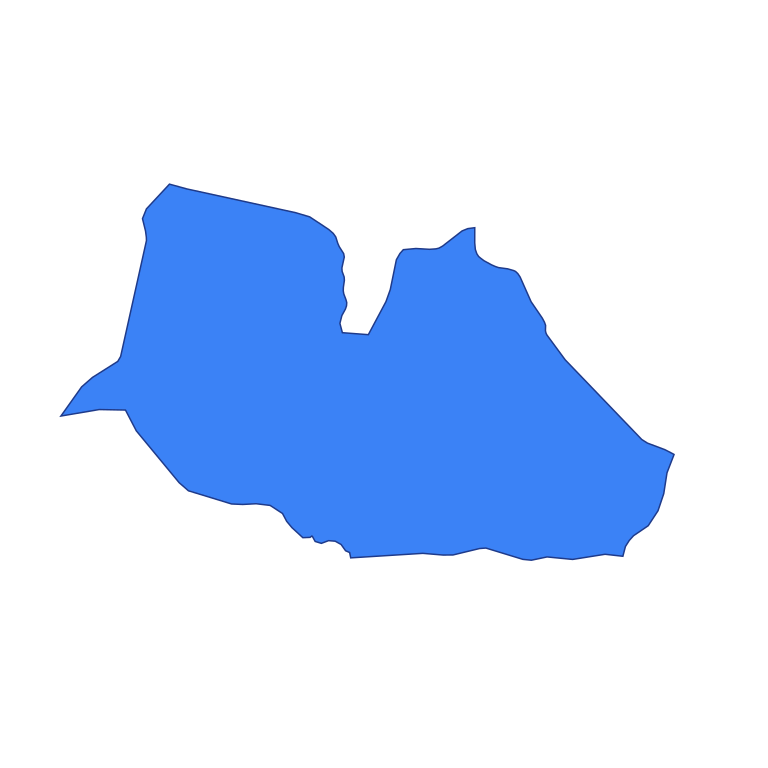 outline of Tartus, rotated 287°
{"feature_id": "SYR-135", "entity_name": "Tartus", "entity_type": "Province", "adm_level": 1, "iso_a3": "SYR", "parent_name": "Syria", "parent_adm1": "", "projection": "robinson", "projection_center": [36.109, 34.945], "detail": "fine", "context": "isolated", "style": "filled", "palette": "blue", "viewbox_px": 768, "rotation_deg": 287, "n_neighbors": 0, "source": "natural_earth", "source_scale": "10m", "svg_char_len": 1632}
<svg xmlns="http://www.w3.org/2000/svg" viewBox="0 0 768 768"><g transform="rotate(287 384 384)"><path d="M360.9,683.6L342.9,683.1L325.7,678.1L311.9,667.0L306.1,664.3L299.2,662.4L289.1,662.8L285.8,645.2L271.4,615.7L266.3,590.5L258.6,576.5L256.9,568.1L256.9,529.4L254.6,523.5L240.7,500.0L237.7,490.5L233.4,470.6L208.0,403.0L212.8,400.4L213.3,396.0L218.0,389.9L219.4,383.3L218.0,376.8L213.3,370.7L213.3,364.2L217.3,360.1L217.5,359.5L215.7,358.1L213.3,351.3L219.7,338.0L224.2,331.1L230.5,324.8L234.6,310.6L232.1,296.7L227.5,284.1L224.7,273.3L224.7,228.2L229.7,217.0L266.8,160.8L283.5,144.4L276.3,119.1L258.9,84.4L259.2,84.5L292.9,95.7L305.1,103.3L327.8,122.8L333.3,124.1L451.7,114.9L454.9,113.8L460.6,111.2L471.5,104.7L482.0,105.6L512.4,120.4L512.9,138.3L522.0,249.6L522.1,264.1L515.6,286.0L513.2,291.4L510.5,294.9L505.1,298.6L502.3,301.0L496.9,307.3L493.8,308.9L482.7,309.8L479.5,311.0L474.7,314.6L471.6,315.8L464.5,316.9L461.2,317.8L458.4,319.2L453.5,323.0L450.9,324.6L447.8,325.3L444.4,325.2L437.1,323.7L429.1,324.1L420.9,329.2L426.6,354.6L463.4,361.8L476.1,362.4L506.5,359.5L513.5,361.1L518.1,363.2L522.9,374.9L526.1,388.1L528.4,394.1L530.0,396.8L533.0,399.7L553.2,413.9L557.1,418.7L560.0,425.1L545.5,429.5L539.4,432.0L536.9,433.8L535.6,434.8L533.6,437.2L532.5,439.8L531.1,443.7L529.4,452.0L528.9,456.3L528.8,459.5L530.3,468.6L530.4,474.9L530.1,476.9L528.7,479.7L526.1,482.9L505.7,500.6L493.3,516.1L490.0,519.4L487.3,521.4L482.2,522.8L480.7,523.6L479.5,524.5L478.4,525.6L460.1,550.2L406.3,646.7L404.5,653.2L403.3,672.0L401.5,681.8L401.4,682.0L381.8,680.6L360.9,683.6Z" fill="#3b82f6" stroke="#1e3a8a" stroke-width="1.5"/></g></svg>